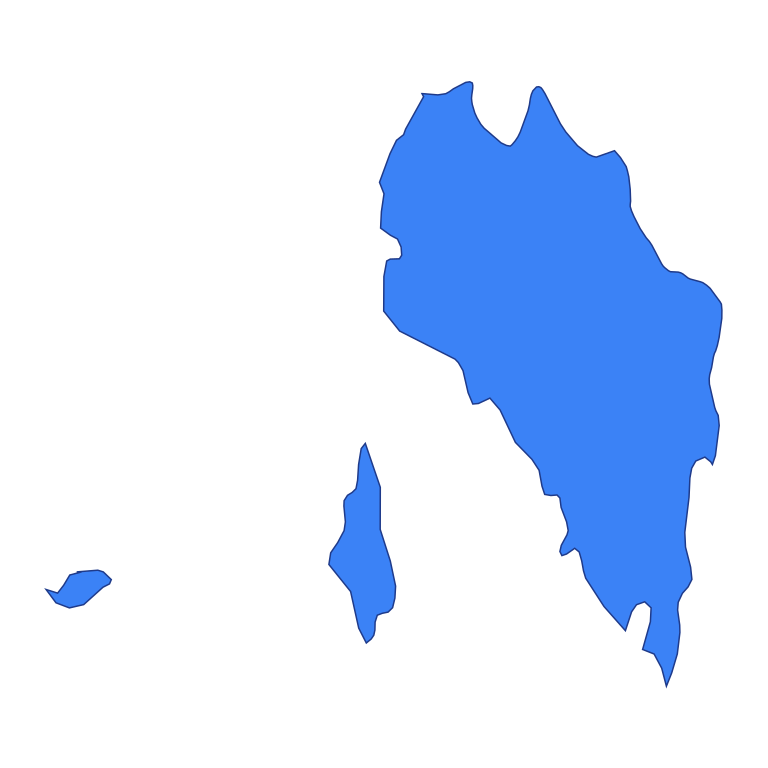 the border of Satun
{"feature_id": "THA-385", "entity_name": "Satun", "entity_type": "Province", "adm_level": 1, "iso_a3": "THA", "parent_name": "Thailand", "parent_adm1": "", "projection": "equal_earth", "projection_center": [99.888, 6.793], "detail": "fine", "context": "isolated", "style": "filled", "palette": "blue", "viewbox_px": 768, "rotation_deg": 0, "n_neighbors": 0, "source": "natural_earth", "source_scale": "10m", "svg_char_len": 2694}
<svg xmlns="http://www.w3.org/2000/svg" viewBox="0 0 768 768"><path d="M712.4,464.5L710.7,461.8L704.9,457.1L695.8,461.0L691.7,468.2L689.9,478.0L689.0,497.5L684.8,532.4L685.5,547.1L690.6,567.1L691.9,579.4L688.1,586.9L682.4,593.3L678.2,602.3L677.6,610.0L679.7,625.0L679.9,632.5L677.3,654.0L671.7,672.9L666.4,686.2L661.7,668.2L654.1,654.0L642.6,649.5L650.4,621.7L651.1,607.8L644.7,601.8L636.5,604.7L631.6,611.8L625.4,630.7L604.0,606.5L585.7,578.2L583.5,570.8L581.7,560.8L579.2,552.0L574.7,548.3L566.6,554.0L561.9,555.6L559.9,551.5L561.3,545.3L567.0,534.8L568.2,530.6L566.6,521.9L561.1,507.4L559.9,498.0L557.0,495.0L550.9,495.5L544.7,494.4L542.0,486.2L539.1,470.3L532.0,459.4L515.4,442.4L500.1,410.0L489.9,398.1L478.4,403.5L472.8,404.0L468.1,392.7L463.0,370.6L458.4,362.6L455.0,359.1L399.7,331.1L383.7,311.1L383.9,276.5L386.7,261.0L390.2,259.1L399.4,258.8L401.7,255.2L401.1,247.0L397.5,239.0L390.5,235.3L380.6,228.1L381.4,211.7L384.0,193.8L379.5,182.3L390.0,153.7L396.5,140.3L403.6,134.7L405.6,129.1L423.6,96.7L422.0,93.6L422.3,93.6L437.9,94.9L445.8,93.7L449.4,91.7L453.4,88.8L465.7,82.4L469.8,81.8L472.3,83.0L472.8,85.6L472.7,88.7L471.8,94.9L471.5,98.3L471.8,101.5L472.3,104.6L474.8,113.0L477.1,118.0L480.8,124.3L484.1,128.2L501.1,142.9L506.6,145.5L510.3,146.1L512.1,144.6L515.2,140.9L517.9,136.9L520.2,132.2L528.0,110.8L529.4,104.9L530.4,98.3L531.4,94.3L532.9,90.8L536.5,87.0L538.8,86.7L540.9,87.6L542.4,89.4L545.0,93.6L560.4,123.8L565.8,132.0L577.5,145.7L588.4,154.3L592.8,156.3L596.3,157.1L614.5,150.7L620.4,157.5L626.2,166.6L627.4,170.8L628.8,176.8L630.2,189.4L630.6,201.1L630.2,204.7L630.2,205.1L630.2,205.6L630.2,206.5L631.5,210.8L634.0,216.6L640.2,228.7L646.2,237.8L649.3,241.4L651.9,245.3L661.6,263.8L663.0,265.9L664.5,267.5L668.3,270.6L670.4,271.7L678.2,272.1L680.7,272.8L682.8,273.9L688.2,278.1L690.4,279.1L700.5,281.8L702.9,282.7L706.6,285.2L710.1,288.3L720.2,302.0L721.4,304.2L721.9,310.0L721.8,318.4L719.1,337.5L717.3,345.7L715.6,351.0L714.4,353.4L713.4,357.0L711.6,367.7L709.7,374.7L709.2,378.7L709.4,384.2L714.7,407.4L715.8,410.6L718.2,415.4L719.2,425.5L715.4,455.7L712.4,464.5ZM375.1,622.1L374.9,630.1L373.8,635.2L371.2,639.0L366.3,643.0L358.7,628.1L350.6,591.5L328.9,564.5L330.7,552.8L337.7,542.6L344.1,530.6L345.4,521.9L343.9,506.1L344.1,500.7L347.5,495.3L352.1,492.5L356.0,488.7L357.6,480.3L358.6,464.5L361.2,448.6L365.3,443.4L380.3,487.3L380.2,529.4L390.3,561.0L395.6,586.1L394.9,598.1L392.6,607.7L388.1,612.1L382.3,613.3L377.3,615.2L375.1,622.1ZM103.3,571.9L111.3,579.6L109.5,583.9L103.0,587.2L83.7,604.6L69.4,607.9L56.0,602.8L46.1,589.5L57.6,593.1L63.7,585.2L69.8,575.0L81.5,571.9L76.7,571.9L97.8,570.2L103.3,571.9Z" fill="#3b82f6" stroke="#1e3a8a" stroke-width="1.5"/></svg>